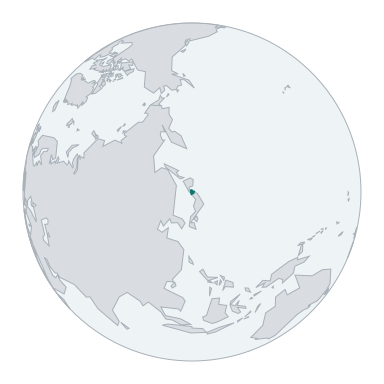 Aomori on an orthographic globe, rotated 311°
{"feature_id": "JPN-1863", "entity_name": "Aomori", "entity_type": "Prefecture", "adm_level": 1, "iso_a3": "JPN", "parent_name": "Japan", "parent_adm1": "", "projection": "orthographic", "projection_center": [140.822, 40.879], "detail": "fine", "context": "on_globe", "style": "filled", "palette": "teal", "viewbox_px": 384, "rotation_deg": 311, "n_neighbors": 0, "source": "natural_earth", "source_scale": "10m", "svg_char_len": 12646}
<svg xmlns="http://www.w3.org/2000/svg" viewBox="0 0 384 384"><g transform="rotate(311 192 192)"><circle cx="192" cy="192" r="169" fill="#eef3f6" stroke="#a8b0b8"/><path d="M294.6,309.7L294.5,310.4L294.3,310.6L294.6,309.7ZM335.1,102.2L331.1,101.3L338.2,107.4L338.8,109.2L337.0,108.7L335.3,105.8L330.6,103.3L329.5,105.9L320.4,102.3L304.3,91.0L306.3,89.8L302.2,87.6L299.5,89.2L298.7,90.8L280.9,88.5L270.2,97.0L272.0,104.1L267.6,99.4L274.4,116.3L272.0,125.6L271.6,112.5L269.1,109.3L265.9,114.0L262.6,111.8L259.2,112.9L255.6,110.0L255.6,103.0L253.3,101.1L251.1,104.6L246.1,104.2L249.7,99.2L241.4,98.1L239.9,87.2L252.3,77.9L248.4,70.9L252.9,59.3L249.4,58.6L248.9,54.3L244.6,52.0L246.7,50.9L241.5,50.1L240.4,51.5L237.8,51.8L235.2,50.7L237.3,48.9L239.0,49.2L238.2,48.2L240.4,47.8L237.9,47.4L240.8,45.7L234.0,45.8L233.2,43.1L236.2,42.5L240.8,44.6L259.4,49.6L263.8,50.3L265.4,48.7L258.0,41.0L260.8,41.2L261.1,39.9L257.2,38.6L255.7,39.3L248.5,37.0L247.5,38.4L244.4,37.9L241.3,38.9L236.5,36.7L233.4,34.1L235.7,33.2L234.4,32.2L227.9,31.6L228.0,29.1L220.8,26.2L221.5,26.1L230.5,27.7L241.4,30.9L253.1,34.6L240.2,30.3L241.9,30.6L253.3,34.5L264.3,39.3L274.9,44.8L285.2,51.1L294.9,58.0L304.2,65.7L312.9,73.9L320.9,82.8L328.4,92.2L335.1,102.2ZM335.0,197.3L333.6,194.3L335.6,194.4L335.0,197.3ZM332.0,193.8L332.6,194.5L331.9,194.1L332.0,193.8ZM331.0,194.3L331.7,193.9L331.0,194.7L331.0,194.3ZM329.7,195.4L330.4,194.7L330.3,194.9L329.7,195.4ZM327.4,196.1L326.7,196.2L327.2,195.2L327.4,196.1ZM298.8,92.0L299.7,89.5L303.4,89.1L303.0,91.4L298.8,92.0ZM291.4,93.5L290.9,91.4L295.5,93.5L294.4,94.0L291.4,93.5ZM274.0,109.9L275.4,107.3L275.2,110.6L274.0,109.9ZM259.3,113.6L260.0,115.2L257.9,115.2L259.3,113.6ZM244.2,40.1L242.8,39.5L244.1,39.6L244.2,40.1ZM244.2,41.3L246.7,41.8L247.1,42.5L245.5,42.1L244.2,41.3ZM250.5,110.7L247.0,110.4L250.6,109.5L250.5,110.7ZM241.0,40.5L247.4,43.5L248.0,44.7L242.5,44.4L241.0,40.5ZM244.9,109.5L236.4,109.2L237.1,112.5L230.3,103.5L239.8,106.5L244.1,104.7L243.1,107.4L244.9,109.5ZM241.2,52.5L242.2,50.9L243.8,53.3L241.2,52.5ZM242.9,54.1L251.5,62.0L248.7,64.2L246.4,61.0L244.7,64.9L239.1,62.0L238.7,59.2L241.7,58.3L237.3,57.9L242.9,54.1ZM227.9,98.8L225.9,97.9L228.0,97.6L227.9,98.8ZM236.9,52.1L238.8,53.4L236.6,55.3L232.2,53.1L234.3,53.1L236.9,52.1ZM247.0,67.4L244.5,68.6L239.3,66.6L237.6,66.8L238.7,62.1L247.0,67.4ZM233.5,52.1L230.0,51.9L228.7,50.1L234.8,51.0L233.5,52.1ZM237.8,56.8L236.5,57.6L235.8,56.4L237.8,56.8ZM222.1,43.9L224.5,45.1L223.5,46.2L222.1,43.9ZM228.8,52.0L229.2,52.6L229.1,53.3L226.6,52.8L228.8,52.0ZM234.9,61.1L233.3,60.1L234.2,62.9L230.4,61.6L231.8,58.8L229.6,59.5L228.4,59.2L230.9,57.3L234.9,61.1ZM223.7,54.3L224.2,50.6L219.9,47.9L220.6,46.8L227.4,51.4L223.7,54.3ZM227.7,56.2L225.4,54.7L227.5,54.0L230.4,54.5L227.7,56.2ZM227.2,61.9L232.8,64.5L232.3,65.1L227.2,61.9ZM222.0,53.6L221.9,54.5L221.5,53.5L222.0,53.6ZM225.2,59.4L227.2,60.2L226.6,60.8L225.2,59.4ZM220.1,55.8L220.2,54.6L222.2,54.8L220.1,55.8ZM222.1,57.6L220.7,58.2L222.8,55.7L223.1,57.8L222.1,57.6ZM224.2,59.9L224.5,60.5L223.5,59.5L224.2,59.9ZM212.6,55.7L214.7,52.4L219.1,52.9L216.4,56.0L212.6,55.7ZM91.2,56.4L91.1,56.5L88.1,58.8L87.7,59.1L91.2,56.4ZM67.9,77.3L68.2,77.3L57.4,91.0L53.5,98.5L60.9,93.3L67.4,80.8L73.4,75.2L72.2,82.0L67.2,94.0L69.4,92.2L76.6,82.3L79.7,83.0L79.7,78.8L76.6,82.0L76.4,79.6L79.3,76.7L80.2,76.9L82.9,73.1L77.6,73.6L73.9,76.8L78.4,69.6L72.6,74.5L72.3,73.9L82.0,65.5L84.2,64.1L98.7,53.3L96.7,54.0L82.9,64.4L85.3,62.1L82.5,63.7L86.6,60.8L102.1,49.8L109.0,45.0L109.2,44.7L123.1,37.7L117.5,40.4L119.8,39.6L128.7,35.9L123.9,38.2L126.0,37.6L121.6,40.1L121.7,42.0L118.2,44.7L124.1,44.3L123.1,45.8L119.9,45.5L115.8,47.0L107.9,54.8L108.1,56.0L112.6,55.3L109.8,57.8L115.2,56.1L113.6,60.9L120.1,53.9L125.5,53.6L127.8,56.1L130.7,54.9L127.1,50.9L124.6,50.5L120.6,52.0L114.8,50.6L116.2,48.3L126.7,45.5L129.9,42.1L136.7,42.0L142.4,52.1L141.7,57.3L128.2,66.8L124.9,65.6L128.1,61.4L119.7,65.7L123.0,65.1L120.7,67.4L125.3,68.2L124.0,69.9L130.8,67.9L129.6,70.1L125.3,71.3L131.1,74.9L130.3,79.8L132.3,79.9L134.6,78.5L131.9,86.0L133.5,85.7L135.0,83.1L139.2,81.0L145.4,80.4L144.2,83.0L141.7,83.6L134.7,89.0L128.4,90.5L128.5,91.6L133.7,90.9L142.3,84.2L146.4,83.1L142.8,86.5L144.4,85.2L146.0,85.5L146.5,88.3L150.7,84.8L170.6,86.1L173.4,92.3L168.0,94.8L180.6,99.8L182.8,107.3L184.2,104.7L191.1,106.0L190.5,103.6L191.7,102.5L209.3,105.7L212.4,108.9L221.5,108.2L222.3,107.0L220.4,104.6L230.3,103.5L237.1,112.5L235.2,114.7L240.8,119.2L235.5,123.7L233.8,129.8L224.8,132.7L224.2,137.6L226.4,138.9L227.3,146.8L221.2,159.6L216.1,143.7L223.2,125.3L219.5,132.1L217.3,129.0L214.1,130.7L211.7,135.8L213.3,137.3L194.1,139.3L182.3,151.2L190.4,153.1L193.0,158.7L186.7,175.9L162.1,193.0L165.3,202.3L163.9,207.2L157.5,208.3L159.4,201.1L155.1,196.8L157.2,192.8L147.5,192.8L150.1,187.2L141.3,190.3L141.9,195.8L149.5,197.6L140.8,203.2L145.4,213.9L143.2,223.6L126.3,235.0L113.3,234.5L111.9,237.0L108.1,231.6L100.9,234.1L106.2,254.1L105.2,258.4L94.6,261.7L94.8,258.4L84.8,243.9L81.3,253.1L88.8,266.6L91.3,277.9L84.8,271.2L82.4,260.9L78.9,255.5L81.1,247.1L80.4,231.3L74.0,229.7L75.6,224.4L73.7,208.9L65.1,205.9L50.6,209.4L46.7,221.8L42.5,223.5L42.2,197.8L45.9,183.7L43.3,181.2L45.0,163.9L40.8,147.9L42.4,143.4L41.1,141.8L42.6,133.5L45.9,126.7L45.8,123.4L37.7,141.7L38.0,145.4L41.4,144.8L38.8,150.1L37.6,159.5L31.1,162.4L28.5,150.3L31.9,140.1L48.8,104.7L50.3,103.0L50.6,102.7L51.0,102.1L48.8,104.2L52.9,98.1L40.0,119.4L36.2,127.0L28.4,150.5L28.2,150.7L26.8,157.1L26.7,165.9L25.9,168.8L23.7,176.7L23.7,176.8L25.3,164.6L27.7,152.5L31.0,140.7L35.2,129.1L40.2,117.8L46.0,107.0L52.6,96.6L59.9,86.7L67.9,77.3ZM58.2,111.6L57.6,119.5L64.3,111.5L64.7,114.0L66.8,110.5L64.8,110.9L71.0,102.1L73.2,104.3L76.5,101.7L76.9,99.0L72.0,96.6L63.1,108.8L60.4,109.0L58.2,111.6ZM241.0,30.3L240.2,30.1L239.4,29.8L241.0,30.3ZM228.8,27.1L231.2,27.7L222.1,26.1L225.0,26.4L220.2,25.4L228.8,27.1ZM237.9,29.7L234.6,28.6L238.6,29.9L237.9,29.7ZM141.4,33.3L137.9,34.5L136.6,34.2L141.0,31.9L143.0,32.1L141.4,33.3ZM133.3,36.2L142.5,34.7L140.1,36.5L139.9,35.7L137.4,37.0L136.3,36.1L125.1,39.7L123.2,39.8L132.4,34.8L130.4,36.2L134.0,34.8L133.3,36.2ZM170.2,31.2L174.1,31.5L163.8,34.7L161.3,34.1L165.6,31.5L171.0,30.7L170.2,31.2ZM230.1,39.7L232.3,40.3L231.7,40.7L229.4,40.5L230.1,39.7ZM223.3,44.4L220.0,37.8L222.3,38.1L217.6,34.4L221.9,33.8L224.8,36.1L224.6,33.1L228.9,34.9L228.1,32.9L234.1,38.1L238.0,39.9L232.0,38.1L228.0,38.5L227.4,39.3L228.7,43.0L235.1,47.6L232.1,49.1L228.3,49.0L226.3,48.1L228.8,47.3L224.3,46.8L226.5,45.0L223.3,44.4ZM185.3,52.0L189.1,50.5L180.4,50.8L182.6,48.3L181.4,48.5L181.0,46.4L178.5,44.2L180.3,43.3L178.6,42.9L178.3,41.7L176.5,40.9L178.9,39.0L177.0,38.0L179.3,37.8L175.2,36.5L179.3,36.7L179.3,35.3L175.4,35.9L192.8,29.9L196.9,27.9L198.2,26.3L205.0,27.2L208.2,29.6L208.7,32.8L203.8,34.8L207.7,35.1L206.5,36.3L203.9,35.6L207.2,37.4L205.5,38.2L206.0,42.2L211.9,44.8L212.3,46.5L209.1,45.9L211.6,48.1L205.9,48.2L206.0,49.5L200.4,51.2L194.3,49.6L194.9,51.2L190.7,52.8L185.3,52.0ZM210.9,56.0L203.0,54.3L200.4,52.2L211.2,50.3L211.9,49.1L218.7,48.1L222.4,51.3L220.1,51.2L218.8,51.9L218.1,50.6L217.6,52.2L214.4,52.2L213.2,53.5L211.0,52.5L210.9,56.0ZM87.6,59.3L85.8,60.8L83.7,62.7L81.9,64.0L87.6,59.3ZM98.2,51.7L97.0,52.6L93.4,54.9L95.3,53.5L98.2,51.7ZM99.4,51.4L97.2,52.5L99.5,51.0L99.4,51.4ZM119.1,46.5L118.2,47.6L116.9,48.0L116.0,47.7L119.1,46.5ZM159.9,53.6L162.5,52.8L163.0,53.3L168.9,53.5L167.8,55.5L163.8,56.3L159.9,53.6ZM60.2,92.4L59.6,91.6L61.0,89.7L60.9,90.3L60.2,92.4ZM69.9,76.5L66.2,80.9L69.4,76.8L69.9,76.5ZM159.7,55.9L162.2,55.7L160.1,56.9L159.7,55.9ZM167.2,57.1L165.2,58.6L168.3,55.8L167.2,57.1ZM130.0,314.4L135.0,316.4L134.8,316.9L130.0,314.4ZM124.7,310.9L130.3,312.9L123.9,311.8L124.7,310.9ZM132.4,313.7L138.1,314.3L140.5,314.2L140.2,315.1L132.4,313.7ZM121.0,309.7L101.9,301.6L94.7,296.7L96.2,295.5L107.9,301.5L121.0,309.7ZM95.6,295.1L84.8,283.6L72.0,256.9L76.5,260.4L90.4,280.1L89.4,281.4L95.9,289.6L95.6,295.1ZM122.6,296.1L121.6,301.2L110.9,296.5L106.1,293.6L102.8,285.0L104.6,282.1L108.4,283.9L124.6,277.1L130.0,282.3L124.7,286.0L129.2,292.6L122.6,296.1ZM46.9,223.6L47.8,233.9L45.8,232.9L46.9,223.6ZM132.1,270.0L124.9,273.6L131.8,267.8L132.1,270.0ZM136.8,263.6L136.7,266.8L134.5,263.0L136.8,263.6ZM110.8,241.4L106.7,240.2L107.1,237.9L112.6,238.1L110.8,241.4ZM141.4,231.8L139.6,238.5L138.2,240.5L137.2,235.8L141.4,231.8ZM153.6,75.8L146.7,73.0L141.0,72.9L136.6,75.7L139.8,70.9L148.7,70.9L153.6,75.8ZM168.6,84.4L172.5,82.4L172.8,84.4L172.0,85.1L168.6,84.4ZM169.5,82.5L170.4,78.1L173.9,77.7L172.5,81.2L169.5,82.5ZM164.7,66.1L162.7,65.1L164.5,64.1L164.7,66.1ZM243.4,352.9L258.2,347.1L261.4,345.9L257.0,347.9L254.7,348.9L243.4,352.9ZM203.2,359.8L200.8,358.9L208.6,358.5L207.2,359.4L203.2,359.8ZM263.0,344.8L266.8,342.5L266.2,341.4L268.2,341.8L273.7,339.3L263.3,345.1L263.0,344.8ZM168.2,351.7L138.4,348.8L131.2,346.1L131.5,344.9L122.0,336.3L124.2,337.2L120.9,331.8L137.7,332.9L149.2,326.9L160.3,329.8L167.6,324.0L179.5,326.2L176.9,331.4L190.3,336.2L196.9,324.3L207.5,337.6L218.9,341.4L224.9,347.3L213.4,356.3L204.6,358.0L201.8,357.5L198.4,358.1L191.6,357.8L185.6,355.3L182.4,355.8L184.5,354.1L180.3,355.5L175.8,353.4L168.2,351.7ZM254.5,331.4L256.9,331.2L261.3,332.0L257.5,332.6L254.5,331.4ZM288.7,314.6L290.2,314.9L287.6,316.2L288.7,314.6ZM294.3,310.6L291.2,312.3L294.6,309.7L294.3,310.6ZM264.2,322.2L265.6,322.7L264.7,323.2L264.2,322.2ZM263.2,322.2L264.3,320.7L264.4,321.9L263.2,322.2ZM251.1,317.5L252.3,316.6L253.0,317.0L251.1,317.5ZM142.4,318.6L149.1,316.5L153.0,317.0L142.4,318.6ZM249.0,316.3L245.7,316.6L246.0,315.8L249.0,316.3ZM249.0,314.5L248.5,313.5L250.9,315.6L249.0,314.5ZM242.5,312.9L246.7,314.3L242.1,313.1L242.5,312.9ZM240.2,313.4L237.3,312.8L237.5,312.4L240.2,313.4ZM210.0,316.1L220.5,322.6L212.5,322.5L203.5,318.3L197.3,321.8L182.6,319.9L185.7,317.9L183.5,314.0L169.0,310.4L166.1,307.4L171.1,306.6L161.8,302.9L171.9,303.5L176.2,309.4L182.0,306.1L192.5,308.3L203.1,310.7L212.0,314.7L210.0,316.1ZM172.4,314.9L174.2,315.1L172.7,316.4L172.4,314.9ZM231.8,310.4L236.0,312.6L235.6,313.2L233.6,313.0L231.8,310.4ZM213.9,313.9L223.3,309.6L225.6,309.7L219.5,314.5L213.9,313.9ZM220.8,306.9L225.4,307.4L227.9,309.7L227.0,310.4L220.8,306.9ZM151.7,306.2L151.4,307.5L148.8,305.8L151.7,306.2ZM154.9,306.1L162.8,309.3L154.3,307.2L154.9,306.1ZM132.4,295.0L134.5,299.1L141.2,298.8L136.1,300.5L140.9,307.5L139.5,309.1L134.7,301.8L133.4,307.5L130.5,306.4L128.6,300.6L131.5,294.9L134.4,293.0L146.6,295.3L132.4,295.0ZM154.8,301.9L152.8,297.3L154.3,294.9L156.5,297.6L154.8,301.9ZM147.3,285.7L142.5,279.2L137.7,279.8L147.8,275.4L150.6,282.3L147.3,285.7ZM143.8,273.3L139.3,273.8L144.3,271.0L143.8,273.3ZM138.4,271.8L138.3,268.0L141.7,269.5L138.4,271.8ZM146.1,274.1L147.7,268.2L149.0,272.3L146.1,274.1ZM138.0,259.4L144.5,267.6L135.4,262.2L136.9,249.9L140.9,250.9L138.0,259.4ZM172.7,215.2L172.8,211.2L176.9,211.3L175.7,214.0L172.7,215.2ZM190.6,208.9L178.1,210.0L168.0,211.2L170.3,213.6L166.5,219.4L164.1,212.5L172.4,207.1L179.7,207.4L182.4,202.3L188.8,199.8L189.9,192.9L193.2,190.5L194.4,197.0L190.6,208.9ZM190.1,190.0L194.4,178.2L201.5,181.4L202.1,184.7L197.2,188.6L193.7,186.7L190.1,190.0ZM197.5,176.4L194.2,174.5L193.5,155.6L195.1,152.6L199.4,168.0L196.5,167.2L195.4,171.4L197.5,176.4ZM225.6,99.4L225.8,98.0L227.0,99.5L225.6,99.4ZM191.2,101.2L193.0,100.0L194.4,101.6L191.2,101.2ZM198.8,97.6L196.0,96.7L199.5,96.6L198.8,97.6ZM189.6,94.9L195.1,95.8L189.1,96.5L189.6,94.9Z" fill="#d9dde1" stroke="#a8b0b8" stroke-width="1"/><path d="M190.0,193.3L190.0,193.2L190.0,192.9L189.9,192.9L189.9,192.7L190.0,192.7L190.2,192.4L190.3,192.3L190.5,192.4L190.7,192.2L190.8,192.2L190.9,191.8L190.9,191.7L191.0,191.7L190.9,191.5L190.9,191.4L190.7,191.3L190.7,191.2L190.8,191.2L190.9,190.9L191.0,190.9L191.1,191.0L191.3,191.1L191.5,191.0L191.6,191.3L191.6,191.5L191.7,192.0L191.8,192.1L192.0,192.0L192.1,191.9L192.1,191.7L192.3,191.7L192.4,191.8L192.5,191.9L192.6,192.0L192.8,192.0L192.8,191.9L192.9,191.7L192.9,191.4L193.0,191.3L193.0,191.2L192.9,190.9L192.7,190.9L192.6,191.0L192.4,191.1L192.2,191.1L192.0,191.3L191.9,191.3L191.9,191.2L191.9,190.9L191.9,190.7L192.0,190.7L192.0,190.4L192.2,190.2L192.3,190.1L192.5,190.2L192.6,190.3L192.8,190.4L192.8,190.5L193.0,190.6L193.3,190.5L193.3,190.4L193.4,190.5L193.3,190.9L193.3,191.0L193.3,191.3L193.3,191.5L193.3,191.8L193.3,192.2L193.3,192.4L193.4,192.6L193.5,192.8L193.6,193.0L193.8,193.1L193.9,193.3L193.7,193.4L193.7,193.5L193.4,193.5L193.2,193.6L192.9,193.6L192.6,193.8L192.4,194.0L192.3,193.9L192.2,193.9L192.3,193.8L192.3,193.7L192.3,193.4L192.3,193.2L192.2,193.2L191.9,193.2L191.9,193.3L191.7,193.3L191.4,193.3L191.2,193.3L191.1,193.2L190.9,193.2L190.8,193.3L190.4,193.3L190.4,193.2L190.2,193.3L190.0,193.3Z" fill="#14b8a6" stroke="#0f766e" stroke-width="1.5"/></g></svg>